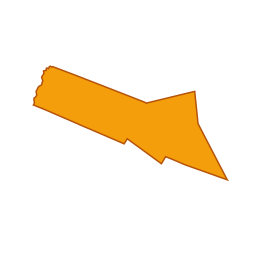 outline of Tres de Febrero, Buenos Aires, Argentina, rotated 335°
{"feature_id": "61730980B88678124443771", "entity_name": "Tres de Febrero", "entity_type": "district", "adm_level": 2, "iso_a3": "ARG", "parent_name": "Argentina", "parent_adm1": "Buenos Aires", "projection": "equal_earth", "projection_center": [-58.607, -34.6], "detail": "fine", "context": "isolated", "style": "filled", "palette": "amber", "viewbox_px": 256, "rotation_deg": 335, "n_neighbors": 0, "source": "geoboundaries", "source_scale": "gbopen_adm2", "svg_char_len": 1208}
<svg xmlns="http://www.w3.org/2000/svg" viewBox="0 0 256 256"><g transform="rotate(335 128 128)"><path d="M196.1,216.9L196.0,216.2L194.6,184.4L193.3,153.6L196.1,145.6L203.5,124.2L204.0,123.1L203.7,123.0L198.4,121.9L196.6,121.5L188.5,119.9L155.7,113.3L155.2,113.4L154.5,112.3L153.6,111.3L153.2,110.8L120.6,76.7L102.5,57.8L86.3,41.2L85.8,40.6L84.8,40.6L84.1,39.7L83.8,39.2L82.6,39.1L82.1,39.6L81.9,40.0L81.2,40.6L80.7,40.4L80.4,39.8L79.7,39.3L79.2,39.4L78.6,40.3L78.4,40.7L78.2,41.2L76.9,41.0L76.1,40.5L75.7,40.6L75.2,41.3L75.1,42.0L74.8,43.1L73.9,43.6L73.5,43.9L72.6,44.5L71.9,44.8L71.1,45.6L71.0,46.6L71.0,47.1L70.9,48.1L70.6,49.5L69.9,50.0L69.4,50.4L68.9,51.0L68.8,51.3L68.3,52.0L67.2,52.5L66.5,52.6L65.2,52.5L64.8,52.8L64.4,53.0L63.3,53.4L62.7,53.9L62.4,54.4L62.0,54.8L61.6,55.0L60.9,55.3L60.4,55.7L59.8,57.0L59.6,57.9L59.5,58.7L59.4,59.2L58.9,60.0L58.2,60.3L57.6,60.6L57.1,61.0L56.6,61.1L55.9,61.0L55.4,61.5L54.8,62.2L54.4,63.5L54.3,64.1L54.0,64.9L53.6,65.9L53.2,66.4L52.8,66.7L52.0,67.2L60.7,76.5L88.7,108.1L117.8,140.7L122.8,137.5L143.2,174.5L150.0,169.9L155.9,176.2L160.0,180.8L163.0,184.2L164.5,185.8L165.3,186.6L190.5,211.4L196.1,216.9Z" fill="#f59e0b" stroke="#b45309" stroke-width="1.5"/></g></svg>